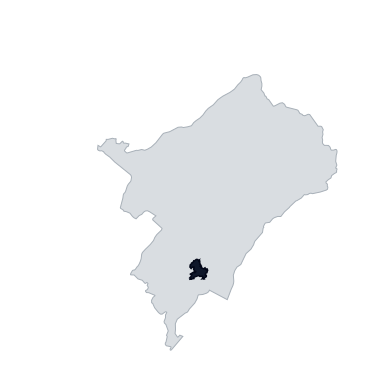 Malemba-Nkulu, Katanga, Democratic Republic of the Congo shown in context, rotated 40°
{"feature_id": "63176286B11863220768150", "entity_name": "Malemba-Nkulu", "entity_type": "district", "adm_level": 2, "iso_a3": "COD", "parent_name": "Democratic Republic of the Congo", "parent_adm1": "Katanga", "projection": "equal_earth", "projection_center": [26.787, -8.06], "detail": "fine", "context": "in_parent", "style": "filled", "palette": "ink", "viewbox_px": 384, "rotation_deg": 40, "n_neighbors": 0, "source": "geoboundaries", "source_scale": "gbopen_adm2", "svg_char_len": 7687}
<svg xmlns="http://www.w3.org/2000/svg" viewBox="0 0 384 384"><g transform="rotate(40 192 192)"><path d="M288.2,251.8L268.4,256.0L268.8,257.5L268.6,259.0L268.1,260.3L266.1,263.6L263.1,266.6L263.1,267.3L264.6,270.7L265.5,275.3L265.2,283.4L265.6,285.6L265.6,287.3L264.6,289.2L262.5,298.9L263.9,303.6L267.8,308.0L270.0,311.3L273.9,312.4L274.5,312.3L274.7,309.5L277.8,308.5L277.7,325.8L277.5,326.8L276.9,327.0L276.2,326.4L276.0,324.8L275.2,324.1L271.4,326.2L270.5,326.2L269.4,325.8L268.7,324.9L268.5,323.6L265.9,318.6L264.6,318.2L263.1,313.7L257.2,310.3L255.0,310.1L253.8,309.1L252.6,305.5L250.7,303.2L250.2,300.6L249.8,300.3L248.6,300.8L247.6,304.8L246.3,305.8L243.9,305.9L237.8,304.7L233.5,302.6L232.3,302.8L230.6,300.9L229.9,297.8L230.3,295.4L230.0,295.0L223.4,297.0L221.8,298.3L220.3,298.0L219.8,297.3L220.5,295.6L220.2,293.9L219.7,293.0L217.7,292.4L217.1,290.4L215.9,290.2L215.5,290.4L215.2,291.8L214.5,292.2L210.6,291.6L206.5,293.3L201.0,292.8L198.4,294.8L198.0,294.8L197.4,293.7L196.9,290.5L197.2,289.6L198.0,288.9L198.3,287.6L198.0,284.2L198.2,283.4L197.9,281.4L197.0,278.3L195.9,275.7L193.4,271.9L192.9,270.1L193.1,265.8L193.8,258.9L193.7,253.9L192.7,250.6L192.4,247.1L193.1,240.7L192.4,239.1L179.9,238.6L179.4,238.1L179.1,237.2L179.7,233.5L172.1,234.4L169.8,235.1L168.4,236.7L167.9,238.6L167.9,241.4L166.7,244.0L166.4,248.5L164.3,249.0L162.2,249.0L158.1,248.1L154.2,249.3L152.2,250.5L151.2,250.0L147.7,250.4L147.2,250.1L143.0,241.2L141.2,238.3L140.8,236.9L141.0,235.5L140.5,233.7L138.6,229.1L138.2,227.0L138.2,223.7L138.0,222.6L136.3,219.7L135.2,218.8L133.9,218.3L113.4,218.7L106.6,218.1L101.7,218.5L99.2,218.3L98.5,217.9L96.2,218.5L95.1,219.7L93.3,220.3L92.2,220.0L90.0,216.7L92.9,216.2L93.1,215.8L93.3,208.0L92.5,206.8L94.0,205.5L96.5,202.0L98.9,200.8L99.3,200.1L99.8,200.1L100.7,201.6L102.8,203.5L105.4,201.8L105.7,201.3L106.0,197.9L106.6,197.6L107.8,198.4L108.4,198.4L109.5,197.4L112.8,195.7L113.8,197.9L112.9,199.8L113.3,201.2L113.4,203.4L114.0,203.9L116.6,204.1L117.4,203.6L122.6,195.8L123.9,194.9L126.1,191.8L129.0,190.4L130.3,188.0L131.9,183.7L132.7,177.4L132.3,166.6L132.6,165.1L136.1,160.2L139.7,151.4L142.1,149.0L144.0,148.1L146.8,144.8L149.0,141.6L148.7,137.7L149.3,134.4L150.5,130.3L150.9,125.9L150.5,121.3L150.7,117.5L152.3,111.5L152.5,104.6L154.0,98.8L157.0,91.4L158.4,85.9L158.2,80.5L158.6,76.6L158.4,74.2L157.9,72.2L158.2,70.9L159.3,70.4L160.7,68.4L163.3,63.1L166.0,60.5L167.9,59.7L169.9,59.7L171.2,60.2L173.3,62.3L175.7,63.9L177.5,66.0L179.2,69.2L183.5,70.0L185.3,71.1L186.4,71.6L186.8,71.2L187.7,71.4L189.7,72.4L191.3,71.9L199.1,74.0L200.0,72.9L202.3,67.4L203.9,65.5L206.6,65.3L208.7,66.3L209.8,66.3L219.5,61.6L220.7,61.3L224.2,62.5L226.5,61.7L227.5,62.0L229.4,61.1L231.0,57.8L232.4,57.0L246.3,60.6L248.4,58.8L249.4,58.6L252.5,59.9L253.4,62.0L255.3,63.7L256.6,66.6L258.7,68.2L259.7,69.8L260.9,70.9L263.4,71.2L266.6,68.6L268.9,68.9L271.2,70.3L272.0,70.3L273.7,68.7L274.6,67.1L275.5,66.7L276.8,67.4L277.9,69.0L278.9,71.2L282.4,76.2L285.7,78.3L286.6,81.3L287.8,81.0L288.4,81.3L289.3,83.3L289.9,83.6L290.0,84.4L289.2,86.3L288.4,89.7L289.4,91.9L288.5,95.0L288.1,98.2L289.2,99.0L290.6,98.9L291.9,100.6L292.9,100.9L294.0,102.7L293.7,104.1L290.4,109.4L285.4,115.8L283.8,116.5L282.9,117.7L282.3,119.6L280.8,121.2L279.7,121.8L279.6,126.4L277.9,131.2L277.3,132.2L276.4,140.0L276.5,141.4L275.6,147.8L275.8,153.7L273.4,155.6L271.7,158.5L271.0,160.5L271.0,165.3L268.3,168.3L268.1,169.0L268.8,172.4L269.7,172.9L269.8,174.1L272.0,177.7L271.8,189.0L272.0,190.1L273.1,192.8L273.9,197.9L273.0,204.4L276.0,216.2L274.7,220.6L275.3,224.7L277.1,229.1L281.3,233.4L282.5,235.2L283.5,237.5L284.5,241.2L288.2,251.8Z" fill="#d9dde1" stroke="#a8b0b8" stroke-width="1"/><path d="M245.5,258.6L245.7,258.4L245.8,258.4L245.8,258.5L246.0,258.5L246.3,258.8L246.4,259.0L246.3,259.4L246.3,259.5L246.3,259.9L246.3,260.0L246.5,260.2L246.8,259.9L247.0,259.7L247.3,259.3L247.5,259.3L247.7,259.1L247.7,258.8L247.8,258.6L248.5,257.8L248.6,257.7L248.7,257.3L248.9,257.2L249.1,257.0L249.0,256.9L248.9,256.8L248.7,256.8L248.3,256.7L248.2,256.6L248.2,256.4L248.3,256.0L248.7,255.3L249.8,253.4L249.9,253.2L250.0,252.9L250.2,252.6L250.4,252.3L250.6,252.0L250.8,251.9L251.0,251.8L251.0,251.7L251.3,251.4L251.5,251.5L251.8,251.7L252.1,251.7L252.3,251.5L252.7,251.1L252.8,251.1L253.0,251.0L253.1,250.9L253.3,250.6L253.5,250.4L253.5,250.5L253.8,250.4L254.1,250.2L254.5,250.2L254.9,250.1L255.0,250.1L255.0,250.4L255.3,250.7L255.4,250.9L255.4,251.0L255.6,251.1L255.6,251.6L255.6,251.9L256.0,251.4L256.3,251.3L256.6,251.2L256.9,251.2L257.1,251.1L257.3,250.7L257.2,250.7L256.7,250.9L256.4,250.9L256.3,251.0L256.1,250.9L255.9,251.0L255.7,251.1L255.7,250.9L255.9,250.7L256.0,250.5L256.0,250.4L256.1,250.2L256.3,250.0L256.4,249.9L256.5,249.9L256.6,249.7L257.0,248.8L257.0,248.5L257.1,248.4L257.1,248.2L257.3,247.8L257.2,247.7L257.3,247.6L257.2,247.4L256.8,247.3L256.8,247.2L256.8,246.9L256.6,246.7L256.4,247.0L256.0,247.2L255.9,247.2L255.7,247.2L255.0,246.2L254.9,245.9L254.9,245.6L254.8,245.2L254.9,244.7L255.0,244.5L255.3,244.3L255.3,244.2L255.2,244.0L254.9,243.5L254.8,243.2L254.7,243.0L254.5,242.9L254.4,242.7L254.5,242.3L254.5,242.2L254.4,242.0L254.3,241.9L254.1,241.8L253.8,241.6L253.6,241.5L253.5,242.0L253.1,242.2L252.9,242.3L252.9,242.1L252.9,241.8L252.9,241.6L252.8,241.4L252.7,241.5L252.4,241.8L252.2,241.9L252.1,242.0L251.9,242.4L251.7,242.3L251.4,242.4L251.2,242.4L251.1,242.2L250.9,241.8L250.7,241.7L250.5,242.3L250.5,242.5L250.5,243.1L250.5,243.3L250.4,243.4L250.2,243.5L249.6,243.6L249.1,243.7L248.7,243.7L248.1,243.8L247.8,243.7L247.7,243.6L247.7,243.8L247.6,243.7L247.5,243.8L247.3,243.8L247.2,243.8L246.9,243.8L246.5,243.6L246.1,243.6L246.2,243.2L246.3,243.1L246.3,242.9L246.1,242.9L246.1,242.5L246.0,242.4L245.9,242.3L245.6,242.3L245.5,242.5L245.4,242.5L244.9,242.1L245.0,242.3L244.9,242.5L244.6,242.5L244.4,242.4L244.4,242.1L244.4,241.9L244.2,241.9L243.7,241.5L243.6,241.4L243.3,241.3L243.2,241.3L243.2,241.2L243.1,240.7L242.9,240.5L242.6,240.6L242.6,240.8L242.4,240.1L242.3,239.9L242.1,239.8L242.0,240.0L242.1,240.3L242.2,240.5L241.9,240.6L241.7,239.9L241.5,240.0L241.3,239.5L241.2,239.9L240.9,240.2L240.7,240.1L240.0,240.0L239.9,240.1L239.7,240.1L239.4,240.3L239.2,240.4L239.0,240.6L238.9,240.6L238.6,241.0L238.5,241.5L238.4,241.9L238.3,242.5L238.2,242.9L238.2,243.1L238.0,243.4L238.0,243.6L237.7,243.7L237.8,243.8L237.8,244.1L237.9,244.5L237.8,245.0L237.8,245.3L237.8,245.7L237.8,246.1L237.7,246.4L237.4,246.6L237.5,246.7L237.6,246.8L237.6,247.0L237.7,247.3L237.6,247.6L237.7,247.9L237.6,248.0L237.6,248.3L237.5,248.6L237.8,248.9L237.8,249.2L237.7,249.3L237.8,249.5L238.0,249.8L238.3,250.0L238.4,250.3L238.5,250.3L238.6,250.2L238.7,250.3L238.7,250.7L238.8,250.7L238.8,250.8L239.0,250.8L239.1,250.7L239.3,250.6L239.4,250.4L239.4,250.6L239.3,250.8L239.5,250.9L239.9,250.9L240.1,251.1L240.3,251.2L240.5,251.2L240.4,250.3L240.4,250.1L240.6,249.8L240.5,249.5L240.4,249.4L240.4,249.2L240.9,248.8L241.0,248.9L241.0,249.1L241.1,248.8L241.4,248.4L241.5,248.3L241.6,248.2L241.8,248.2L241.9,248.5L241.7,248.8L241.7,249.1L242.2,249.0L242.3,249.0L242.5,249.1L242.8,249.5L242.9,250.2L243.0,250.3L243.4,250.4L243.5,250.3L244.0,250.4L244.1,250.5L244.8,251.2L245.0,251.1L245.3,250.9L245.4,250.7L245.8,250.4L246.0,250.4L246.1,250.5L246.2,251.1L246.3,251.2L246.3,251.3L246.3,251.5L246.2,251.9L246.0,252.1L245.6,252.0L245.2,252.4L244.9,252.5L244.8,252.9L244.6,252.9L244.6,253.3L244.3,253.5L244.1,254.0L244.2,254.4L243.6,255.5L243.5,256.0L243.8,256.1L244.0,256.0L244.1,255.9L244.5,255.9L244.8,255.8L245.0,255.7L245.0,255.8L245.2,256.0L245.4,256.2L245.6,256.5L245.5,257.1L245.5,257.3L245.6,257.5L245.7,257.9L245.8,258.1L245.7,258.2L245.5,258.3L245.5,258.6Z" fill="#0f172a" stroke="#020617" stroke-width="1.5"/></g></svg>